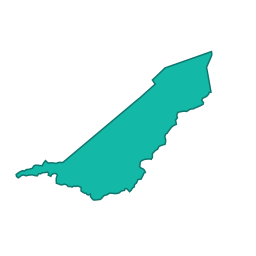 the district of Satubinha, Maranhão, Brazil, rotated 225°
{"feature_id": "56859067B80125891953270", "entity_name": "Satubinha", "entity_type": "district", "adm_level": 2, "iso_a3": "BRA", "parent_name": "Brazil", "parent_adm1": "Maranhão", "projection": "robinson", "projection_center": [-45.262, -3.939], "detail": "fine", "context": "isolated", "style": "filled", "palette": "teal", "viewbox_px": 256, "rotation_deg": 225, "n_neighbors": 0, "source": "geoboundaries", "source_scale": "gbopen_adm2", "svg_char_len": 2132}
<svg xmlns="http://www.w3.org/2000/svg" viewBox="0 0 256 256"><g transform="rotate(225 128 128)"><path d="M88.3,76.2L88.3,78.5L86.4,81.4L87.2,83.1L86.0,84.2L84.2,84.2L81.8,84.1L81.8,86.5L82.4,88.8L81.9,90.8L83.4,92.6L83.1,95.0L83.8,96.9L84.6,98.5L82.6,101.1L83.4,103.5L84.0,105.3L84.8,107.1L84.4,109.0L86.8,109.8L88.5,109.7L90.5,108.9L92.5,108.9L93.7,110.8L95.1,112.2L95.4,113.9L94.4,117.0L92.8,119.2L91.0,121.3L89.4,122.3L89.9,124.4L91.6,126.1L92.7,127.3L92.7,129.8L92.7,131.5L92.1,134.0L93.1,136.9L92.0,139.5L90.3,142.7L91.6,144.8L93.4,146.6L95.7,147.7L97.1,150.2L96.6,152.0L97.1,154.1L97.5,157.3L97.8,159.0L97.6,161.5L97.1,163.0L96.4,164.7L98.4,166.2L99.9,167.1L100.3,170.2L102.3,171.2L103.3,172.9L103.7,174.4L102.7,176.1L101.3,178.2L99.9,179.9L98.2,181.2L97.8,183.4L97.1,185.6L95.1,188.2L94.8,189.8L94.0,191.2L93.3,193.2L92.3,195.6L91.7,198.0L92.7,199.4L94.2,199.4L95.6,199.9L96.3,201.8L95.4,203.9L94.8,206.3L95.0,209.0L95.8,210.6L94.6,212.0L115.4,226.5L119.2,236.2L120.2,238.5L121.2,239.7L123.0,241.1L144.3,196.7L144.4,190.4L144.7,179.2L143.2,178.9L139.8,178.2L140.8,158.9L141.3,154.0L149.7,57.5L150.8,56.4L151.9,55.6L153.1,53.9L153.7,52.1L155.0,51.3L156.2,50.4L158.1,48.6L159.7,46.8L161.6,46.6L163.3,46.6L162.9,43.4L162.0,40.8L163.2,39.6L164.6,38.5L166.0,37.4L167.4,35.9L167.8,34.3L167.1,32.0L168.9,28.6L170.5,26.7L170.8,24.4L172.4,23.2L173.1,21.6L173.8,18.9L174.2,16.0L172.5,14.9L170.4,15.1L169.9,17.3L169.8,19.0L168.7,20.9L166.2,22.2L165.0,24.4L163.6,25.9L162.7,27.2L161.5,27.8L159.8,28.8L158.3,30.0L158.8,32.5L157.4,33.8L156.7,36.1L155.1,37.9L153.7,40.1L152.1,39.8L151.0,38.3L148.4,39.3L149.1,40.9L148.4,43.2L146.9,44.7L144.6,44.8L143.3,41.9L141.7,40.2L139.6,38.3L137.0,39.6L135.3,40.3L134.2,41.5L133.4,43.2L131.2,44.5L128.9,44.3L127.4,45.9L125.7,46.7L125.3,48.8L123.9,49.4L122.4,51.6L120.6,52.3L119.1,52.8L118.1,51.7L116.7,50.3L114.8,50.6L112.7,51.2L111.5,52.2L109.9,52.0L108.7,52.6L107.9,54.6L106.0,53.0L103.4,52.6L101.5,52.7L100.0,54.2L98.0,56.8L97.0,58.0L97.0,60.8L97.3,62.8L96.3,64.9L95.4,66.2L95.3,68.0L94.3,69.6L92.3,71.2L90.3,72.9L88.9,74.8L88.3,76.2Z" fill="#14b8a6" stroke="#0f766e" stroke-width="1.5"/></g></svg>